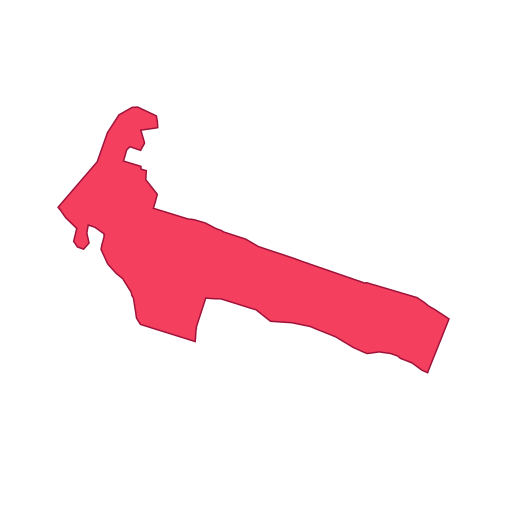 the district of Gokdepe, Ahal, Turkmenistan, rotated 109°
{"feature_id": "10190150B73322470423680", "entity_name": "Gokdepe", "entity_type": "district", "adm_level": 2, "iso_a3": "TKM", "parent_name": "Turkmenistan", "parent_adm1": "Ahal", "projection": "orthographic", "projection_center": [57.988, 38.679], "detail": "fine", "context": "isolated", "style": "filled", "palette": "rose", "viewbox_px": 512, "rotation_deg": 109, "n_neighbors": 0, "source": "geoboundaries", "source_scale": "gbopen_adm2", "svg_char_len": 1586}
<svg xmlns="http://www.w3.org/2000/svg" viewBox="0 0 512 512"><g transform="rotate(109 256 256)"><path d="M280.4,450.3L281.9,448.1L288.3,434.4L289.1,434.4L292.9,434.0L301.5,433.2L305.6,427.8L305.7,421.2L298.1,418.1L290.6,422.7L289.5,423.4L281.5,424.7L281.5,424.1L281.3,424.2L281.3,417.6L283.6,409.7L283.8,409.5L284.4,406.8L285.9,406.6L286.4,406.0L292.9,405.5L294.5,405.5L300.2,404.7L311.6,393.8L312.9,391.7L317.1,384.0L317.9,382.7L320.8,374.7L331.0,362.1L333.8,360.5L335.5,358.3L346.2,352.6L353.6,348.8L358.3,343.0L356.7,285.6L345.2,288.7L344.0,288.7L342.3,289.3L312.2,289.8L312.1,289.5L311.9,289.5L311.0,285.2L309.4,279.7L308.0,275.5L307.6,263.0L307.1,243.9L306.8,238.6L312.7,221.9L313.0,221.0L307.4,200.3L305.1,182.4L305.1,181.8L305.0,181.2L305.6,173.0L305.6,172.9L306.5,154.4L310.8,134.4L311.9,122.6L312.0,119.0L306.4,107.9L306.2,106.2L304.4,97.2L304.4,89.5L305.8,86.1L306.3,73.6L309.9,62.2L310.5,55.7L310.0,55.6L309.9,55.8L252.7,53.0L248.5,69.1L247.0,76.9L245.2,81.5L242.9,90.2L245.2,141.9L245.3,143.0L246.2,144.2L246.1,211.7L245.9,218.5L246.3,256.8L243.4,271.1L243.8,294.5L243.2,296.8L243.1,302.8L241.3,314.4L241.4,317.1L241.8,326.0L242.2,328.6L243.1,331.9L244.3,368.6L237.7,368.8L229.8,369.4L219.7,385.1L211.0,387.5L211.0,387.8L211.3,393.0L208.7,394.0L209.4,412.2L205.4,412.4L197.8,412.8L197.6,412.7L193.7,410.8L193.7,399.5L185.7,398.1L184.6,398.7L174.5,405.9L167.5,392.2L166.6,390.7L161.0,393.0L156.0,395.8L153.7,416.4L155.8,421.5L167.1,431.5L187.8,436.6L218.6,436.8L274.3,459.0L275.5,457.4L275.2,457.3L280.4,450.3Z" fill="#f43f5e" stroke="#9f1239" stroke-width="1.5"/></g></svg>